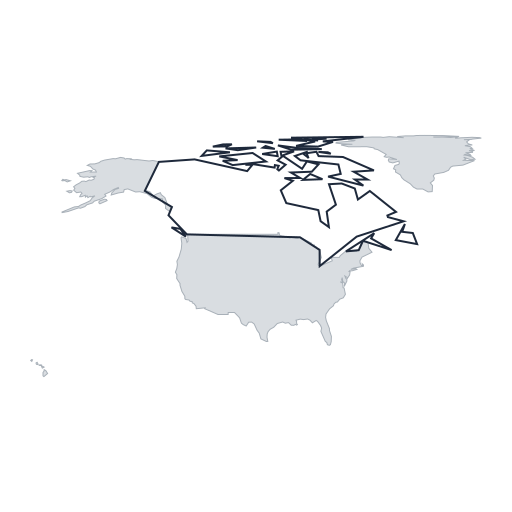 Canada shown with its bordering countries
{"feature_id": "CAN", "entity_name": "Canada", "entity_type": "country or territory", "adm_level": 0, "iso_a3": "CAN", "parent_name": "North America", "parent_adm1": "", "projection": "equal_earth", "projection_center": [-89.555, 62.395], "detail": "medium", "context": "with_neighbors", "style": "outline", "palette": "slate", "viewbox_px": 512, "rotation_deg": 0, "n_neighbors": 2, "source": "natural_earth", "source_scale": "50m", "svg_char_len": 7226}
<svg xmlns="http://www.w3.org/2000/svg" viewBox="0 0 512 512"><path d="M187.7,234.3L277.9,234.3L277.9,232.7L279.0,232.7L279.5,235.0L280.5,235.7L286.1,236.6L289.3,237.9L291.9,237.4L297.0,238.4L300.0,237.3L311.6,243.2L311.9,244.3L312.7,244.7L312.5,245.2L314.1,244.8L315.0,246.5L316.4,247.1L316.0,247.8L319.6,249.9L321.3,257.6L318.1,264.3L318.5,265.4L319.7,266.1L332.3,260.8L331.3,258.1L332.8,257.4L339.3,257.4L340.2,255.7L345.4,251.4L356.7,251.3L356.9,250.3L359.3,249.4L360.9,244.1L363.1,240.9L364.3,242.0L366.4,241.3L368.0,242.5L368.8,248.3L372.0,252.2L362.0,257.1L359.9,260.8L360.1,263.1L361.5,265.5L362.9,265.6L362.4,264.0L363.5,265.0L363.4,266.3L353.5,268.1L350.8,269.4L355.8,268.6L356.9,269.4L352.1,270.8L349.9,270.8L350.0,270.3L349.0,271.5L350.1,271.7L349.6,275.0L347.3,278.5L346.9,277.3L344.9,276.0L345.8,278.4L346.8,279.3L346.9,281.0L344.2,286.5L344.7,283.2L342.8,281.4L342.2,277.6L341.6,279.6L342.6,282.5L340.2,281.8L342.7,283.2L343.1,287.7L344.1,288.0L345.4,294.3L343.3,297.8L339.7,299.2L337.4,302.0L335.7,302.3L333.9,304.1L333.5,305.7L329.6,308.8L326.0,314.0L325.6,317.4L326.3,320.8L329.4,328.5L329.5,330.6L331.4,336.4L331.2,341.6L330.4,344.7L329.3,345.3L327.4,344.7L326.8,342.5L325.3,341.4L320.9,331.4L321.6,328.1L320.5,325.4L317.5,321.3L316.1,320.5L312.4,322.8L310.0,320.2L307.6,319.0L303.5,319.6L300.3,319.1L296.0,320.2L296.6,321.5L296.6,323.5L297.4,324.5L296.7,325.1L295.3,324.4L293.9,325.3L291.2,325.2L288.5,322.6L285.3,323.2L282.7,322.0L277.3,323.5L273.8,327.2L270.1,329.3L268.1,331.6L267.2,333.9L267.0,337.3L267.8,341.4L266.4,341.5L260.9,338.9L259.2,333.1L257.1,330.3L254.2,324.0L251.7,322.1L248.7,322.2L246.2,326.0L243.2,324.6L241.4,323.1L239.6,317.8L234.5,312.5L228.2,312.5L228.1,314.5L218.0,314.5L204.7,308.7L205.1,307.8L196.3,308.7L196.0,306.2L193.9,303.5L192.3,302.9L192.1,301.5L190.1,301.3L189.0,300.0L185.7,299.5L184.9,298.8L184.8,296.2L181.9,291.4L179.9,284.9L180.2,283.9L176.7,278.5L176.9,274.7L175.4,272.2L176.8,268.5L177.4,264.6L176.9,261.2L179.0,257.0L181.3,249.1L181.8,243.3L181.0,237.8L181.6,236.9L186.0,238.4L187.0,242.4L188.0,241.2L187.7,234.3ZM159.0,161.7L144.8,190.9L147.7,191.0L150.1,192.0L153.3,195.9L156.9,193.9L160.4,192.7L161.2,194.6L164.9,197.6L167.5,204.5L172.0,206.9L171.4,209.2L169.1,211.1L165.5,208.4L165.7,205.1L162.8,202.1L162.3,198.7L154.8,198.4L151.7,197.3L147.0,193.6L139.8,191.7L135.6,192.0L127.8,188.9L124.2,189.6L123.6,192.1L118.1,193.0L111.2,195.0L111.8,192.9L115.0,189.5L118.6,188.4L118.3,187.5L113.5,189.5L110.3,191.8L104.7,194.3L106.0,196.0L101.8,198.6L94.2,201.2L92.6,202.9L86.8,204.8L84.9,206.6L80.5,208.2L78.5,207.9L68.0,211.5L62.1,212.6L62.0,212.0L74.4,206.9L78.4,206.5L80.8,205.0L86.2,202.7L90.2,200.7L92.2,197.9L94.9,195.8L90.8,196.9L90.2,196.3L87.9,197.6L87.0,195.8L85.4,197.1L85.3,195.3L81.5,196.7L79.7,196.7L80.7,194.6L82.0,193.3L80.8,192.0L76.6,192.7L73.7,190.2L74.9,188.3L73.6,186.8L76.0,184.9L79.6,183.0L81.8,181.3L84.3,181.1L85.9,181.6L89.2,180.0L91.1,180.3L93.9,179.3L94.4,177.9L93.2,177.3L96.1,176.1L90.9,176.8L89.5,177.5L87.8,176.8L83.6,177.2L80.0,176.4L79.7,175.1L77.5,173.3L89.6,170.6L91.9,170.6L90.4,172.1L96.4,172.0L95.5,170.1L92.9,169.0L90.4,166.3L87.3,165.4L90.0,164.0L94.8,163.9L99.2,162.6L100.8,161.3L104.5,160.1L113.2,158.6L115.5,158.8L120.5,157.4L124.1,158.0L125.2,159.1L126.7,158.6L131.1,158.8L130.5,159.4L134.3,159.8L137.1,159.6L149.0,161.0L152.8,160.5L159.0,161.7ZM62.9,179.3L64.2,179.9L66.2,179.6L70.4,180.8L67.2,181.9L64.9,180.6L62.2,180.8L61.8,180.5L62.9,179.3ZM45.8,370.6L47.6,373.5L43.9,376.6L43.0,375.8L43.0,372.5L44.0,371.1L44.2,369.7L45.8,370.6ZM44.1,367.1L42.3,368.1L41.5,366.3L41.9,365.9L44.1,367.1ZM41.5,365.0L41.3,365.6L39.3,365.4L39.7,364.8L41.5,365.0ZM37.1,362.3L38.2,364.3L38.0,364.6L36.4,364.3L36.0,363.0L37.1,362.3ZM32.5,359.8L31.8,361.4L30.7,360.5L31.6,359.6L32.5,359.8ZM70.1,190.6L72.2,191.0L71.6,192.3L69.5,192.8L66.8,191.2L70.1,190.6ZM104.5,199.2L106.4,199.5L107.1,200.6L99.9,203.8L98.8,202.8L99.2,201.1L104.5,199.2Z" fill="#d9dde1" stroke="#a8b0b8" stroke-width="1"/><path d="M397.7,136.5L405.3,135.9L413.6,135.9L416.4,135.5L424.7,135.4L443.6,135.6L459.1,136.4L455.1,136.8L433.3,137.0L434.7,137.2L443.0,137.1L450.5,137.5L454.8,137.1L457.2,137.6L455.2,138.3L460.9,137.8L472.0,137.3L479.4,137.6L481.3,138.1L472.4,139.1L471.3,139.4L463.9,139.7L469.5,139.7L466.6,141.9L468.3,143.8L472.3,145.0L468.5,145.1L464.9,145.7L470.3,146.7L472.3,148.4L469.8,148.6L474.5,150.5L469.0,150.6L472.7,151.6L472.5,152.4L465.5,152.7L470.0,154.3L470.8,155.4L464.9,154.4L464.1,155.0L468.0,155.6L472.5,157.2L475.0,159.2L470.7,159.7L463.7,157.2L465.8,159.0L463.6,160.3L474.5,160.6L463.0,165.1L452.7,166.1L450.6,167.2L448.5,170.3L443.7,172.4L434.8,174.0L433.3,175.9L434.3,178.1L433.8,180.2L430.3,182.9L432.5,185.5L432.2,191.6L428.1,191.9L422.7,189.0L416.9,189.0L413.4,187.1L410.3,183.8L403.9,179.8L401.8,177.7L400.4,174.9L395.5,172.0L395.7,169.8L393.5,168.8L395.0,165.4L398.7,164.4L399.3,163.3L399.0,161.1L392.8,162.9L389.2,162.0L388.3,160.2L388.8,158.8L396.9,159.5L389.1,157.0L386.6,157.3L384.2,156.7L386.2,154.4L377.7,149.6L374.2,148.8L373.9,147.9L366.8,146.7L348.7,146.8L341.1,145.0L347.4,144.4L352.4,144.3L341.7,143.8L336.0,143.1L336.2,142.4L354.0,140.9L354.8,140.3L348.1,139.8L350.0,139.2L358.1,138.2L361.5,138.1L360.3,137.5L373.1,137.0L380.4,137.0L383.2,137.4L389.2,136.7L403.7,137.7L397.6,137.0L397.7,136.5Z" fill="#d9dde1" stroke="#a8b0b8" stroke-width="1"/><path d="M171.9,207.0L144.8,190.9L158.9,161.9L194.6,159.4L247.2,171.1L252.4,164.8L245.4,164.8L251.5,163.9L274.6,167.6L274.9,165.1L278.7,165.8L277.3,169.2L278.9,170.5L285.6,164.7L277.6,160.4L283.0,155.9L302.1,168.8L306.9,161.4L318.5,164.4L311.8,171.7L290.9,172.5L300.2,178.0L284.4,178.1L292.8,180.8L280.8,190.3L286.3,203.1L318.3,210.1L320.6,221.2L328.9,227.1L326.7,211.6L335.9,204.7L329.0,184.2L341.7,183.5L354.8,188.5L357.9,199.5L369.8,191.0L396.0,211.9L387.4,215.5L387.9,217.1L403.6,221.3L356.7,236.6L319.7,266.1L319.6,249.9L300.0,237.3L186.9,234.4L168.5,215.3L171.9,207.0ZM308.0,157.4L308.5,158.3L306.7,153.2L316.4,151.8L318.6,156.1L343.0,157.0L373.9,170.4L353.7,171.7L367.5,179.5L354.8,179.5L363.4,185.6L328.1,176.6L340.7,173.9L338.4,164.5L300.5,160.3L294.9,156.0L307.7,151.6L303.6,154.0L308.0,157.4ZM291.0,137.7L363.5,136.8L322.8,141.4L333.0,141.9L318.0,146.6L296.1,145.9L315.1,141.5L303.5,139.5L318.1,140.5L311.9,139.5L326.6,138.7L322.1,138.6L326.4,137.9L291.0,137.7ZM219.3,156.4L252.6,153.0L265.9,161.5L232.7,165.1L222.7,160.8L237.6,160.1L219.3,156.4ZM391.6,250.1L363.0,240.8L358.7,250.2L345.9,251.4L374.2,233.2L371.1,238.4L391.6,250.1ZM206.8,150.4L229.9,152.3L201.7,155.9L206.8,150.4ZM278.7,139.7L300.6,139.4L307.1,141.0L278.7,139.7ZM277.9,145.4L297.7,148.0L321.8,149.1L291.2,149.7L277.9,145.4ZM225.5,148.4L256.2,147.5L237.8,150.2L225.5,148.4ZM404.9,224.0L402.2,231.8L412.8,233.0L417.1,244.1L395.8,240.1L404.9,224.0ZM262.2,154.0L276.8,151.6L277.7,156.2L262.2,154.0ZM302.9,179.9L310.2,174.0L322.5,179.2L302.9,179.9ZM280.6,151.8L294.1,151.4L281.4,155.8L280.6,151.8ZM231.9,144.3L227.1,146.4L212.8,146.6L223.1,144.4L231.9,144.3ZM265.6,146.0L274.8,148.9L262.9,147.7L265.6,146.0ZM257.1,141.3L270.6,141.9L272.9,143.2L257.1,141.3ZM171.5,227.4L180.4,228.9L185.8,236.6L171.5,227.4ZM318.4,151.9L327.8,152.3L330.8,153.7L318.4,151.9Z" fill="none" stroke="#1e293b" stroke-width="2"/></svg>